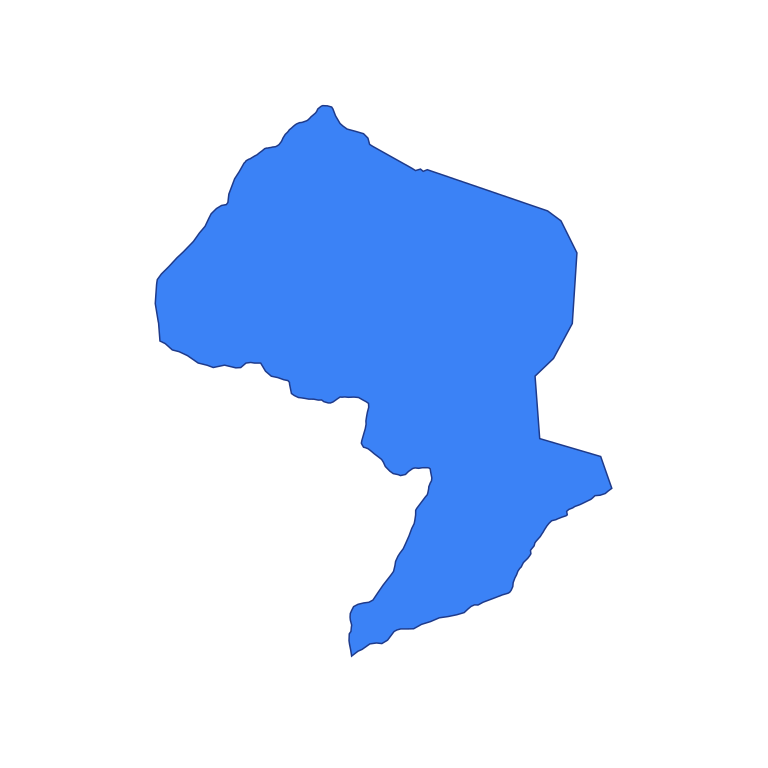 Samphelling, Chhukha, Bhutan, rotated 217°
{"feature_id": "84629894B17389160207490", "entity_name": "Samphelling", "entity_type": "district", "adm_level": 2, "iso_a3": "BTN", "parent_name": "Bhutan", "parent_adm1": "Chhukha", "projection": "equal_earth", "projection_center": [89.481, 26.851], "detail": "fine", "context": "isolated", "style": "filled", "palette": "blue", "viewbox_px": 768, "rotation_deg": 217, "n_neighbors": 0, "source": "geoboundaries", "source_scale": "gbopen_adm2", "svg_char_len": 3711}
<svg xmlns="http://www.w3.org/2000/svg" viewBox="0 0 768 768"><g transform="rotate(217 384 384)"><path d="M588.8,283.5L583.0,284.6L573.6,283.8L567.1,286.5L558.0,288.4L545.1,288.9L536.4,292.6L530.3,294.4L522.7,303.1L512.1,307.7L508.3,310.9L506.8,317.7L503.4,321.0L500.0,322.8L495.1,326.5L486.3,322.9L478.7,322.4L475.7,323.8L472.7,325.2L466.6,327.1L462.8,328.9L460.5,328.4L459.4,327.1L452.2,320.7L448.7,320.8L444.2,321.7L441.9,323.1L438.5,324.9L434.9,326.7L431.0,329.6L426.8,331.6L424.2,333.7L421.4,333.7L417.2,335.3L415.4,336.6L413.9,339.0L412.0,345.0L411.2,347.2L409.6,348.2L407.5,350.1L404.5,351.9L400.1,355.5L396.2,357.9L390.8,358.6L387.6,359.1L384.7,359.2L382.2,356.2L380.3,351.5L378.1,347.1L376.2,343.6L374.1,341.1L372.0,336.9L370.4,332.6L367.8,325.8L366.5,323.1L364.7,322.2L362.3,321.2L360.7,321.9L357.8,322.7L354.8,322.7L349.6,322.4L344.4,322.4L340.5,322.3L337.5,321.2L333.3,318.9L326.8,317.9L322.7,318.0L318.0,320.2L315.7,320.8L312.4,324.7L311.8,328.9L310.2,333.8L308.7,335.7L305.6,337.5L303.0,340.2L299.1,343.2L297.7,344.0L296.0,344.0L294.0,342.0L289.2,337.7L287.8,335.2L287.5,332.8L286.4,328.9L285.3,327.2L283.6,323.7L282.8,321.6L283.0,318.8L283.0,315.8L283.0,312.9L283.0,308.7L283.0,304.4L282.7,302.2L279.9,298.4L277.4,293.8L275.9,290.7L274.9,285.3L272.6,277.7L270.7,269.5L269.5,264.0L269.5,258.4L269.2,254.8L268.0,249.3L266.0,245.6L263.6,240.1L263.5,236.8L263.5,233.6L263.6,228.7L263.7,223.1L263.6,220.6L263.3,213.8L262.8,204.8L264.7,200.6L268.4,197.0L272.2,192.4L274.3,187.9L273.6,183.8L272.8,180.4L270.8,177.4L268.8,175.2L264.7,172.0L263.7,170.1L261.5,166.5L261.4,163.6L257.5,158.0L255.0,155.5L250.4,151.4L246.1,147.2L244.0,154.9L241.8,158.8L238.9,167.9L234.1,172.7L229.5,175.4L227.0,181.6L227.0,186.7L227.0,192.4L225.7,195.3L223.3,198.4L218.0,202.4L213.0,206.4L209.4,214.6L203.9,222.2L199.1,230.6L192.9,236.8L187.0,243.5L182.4,249.7L181.9,252.5L181.5,254.8L180.6,258.8L178.8,262.1L175.9,264.1L173.5,269.4L167.6,278.7L162.5,286.9L159.0,291.6L158.3,293.3L158.3,295.8L159.2,299.7L161.3,303.1L162.7,307.7L163.3,311.4L164.4,315.0L164.6,318.3L164.3,320.5L164.8,322.9L165.2,325.3L164.8,328.0L164.3,331.3L164.3,334.4L164.5,336.8L166.9,339.3L166.9,341.0L166.7,345.0L167.9,348.0L167.9,350.0L167.4,356.2L167.7,359.6L167.8,361.7L168.1,363.7L168.5,368.8L168.4,371.9L167.8,375.7L165.0,379.2L164.2,380.8L161.8,384.7L159.3,388.3L158.9,389.8L161.5,392.2L160.9,395.1L158.7,398.7L157.9,401.0L155.1,405.3L153.8,407.7L149.3,416.6L148.9,418.3L148.3,421.8L144.5,425.2L141.4,429.7L140.5,433.6L139.3,437.8L145.3,441.8L167.3,456.5L226.8,434.1L268.1,481.2L264.0,506.4L270.0,545.6L308.8,604.8L340.8,620.8L357.5,620.7L478.4,581.2L480.7,577.4L484.2,577.6L487.3,573.4L491.4,573.1L536.1,567.0L539.7,566.7L544.8,570.7L551.0,571.6L559.2,568.5L566.9,565.4L572.0,565.3L575.9,565.6L579.5,567.1L584.1,569.0L590.3,572.9L592.5,573.7L596.8,572.0L598.0,571.1L600.4,569.5L601.2,568.3L601.8,566.3L602.4,563.8L601.8,561.1L601.8,559.1L602.4,556.4L603.1,553.4L603.2,551.9L603.6,549.3L604.1,547.8L606.9,543.6L608.8,541.8L610.4,539.0L611.0,537.2L611.5,535.1L611.9,532.8L612.6,530.0L612.5,528.4L612.6,526.9L613.1,523.9L612.7,519.6L612.3,518.0L611.9,516.0L611.9,514.4L611.9,512.0L612.6,510.0L613.4,508.3L614.3,507.4L615.6,506.2L616.5,505.0L617.8,503.7L618.8,502.5L619.9,501.6L620.9,500.2L621.7,496.8L622.7,493.4L623.4,490.5L624.5,488.3L625.7,485.3L626.4,483.4L627.3,482.1L628.5,479.3L628.4,477.8L628.7,476.2L627.4,466.4L626.8,458.0L622.2,442.3L617.9,435.0L617.9,432.4L621.2,428.8L623.4,423.3L624.5,416.0L623.6,410.9L621.8,402.3L622.3,393.5L622.0,383.3L623.8,368.7L625.3,360.2L626.5,348.2L628.0,337.9L627.9,331.0L626.7,328.7L625.5,326.6L615.1,310.6L601.9,298.0L600.7,297.0L588.8,283.5Z" fill="#3b82f6" stroke="#1e3a8a" stroke-width="1.5"/></g></svg>